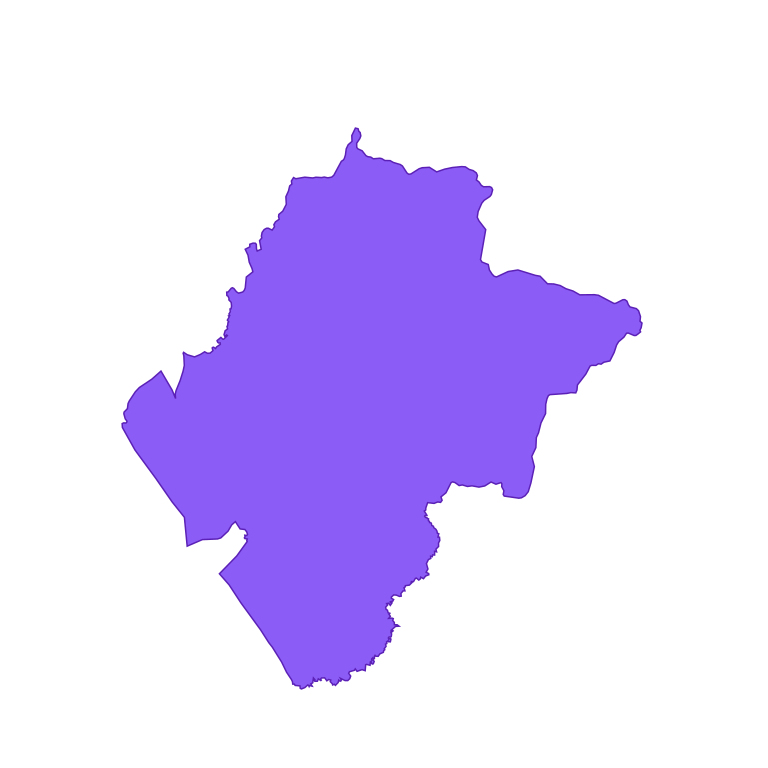 Srinagarindra, Phatthalung, Thailand (Albers equal-area conic projection), rotated 147°
{"feature_id": "78962969B8078558348171", "entity_name": "Srinagarindra", "entity_type": "district", "adm_level": 2, "iso_a3": "THA", "parent_name": "Thailand", "parent_adm1": "Phatthalung", "projection": "albers", "projection_center": [99.922, 7.561], "detail": "fine", "context": "isolated", "style": "filled", "palette": "violet", "viewbox_px": 768, "rotation_deg": 147, "n_neighbors": 0, "source": "geoboundaries", "source_scale": "gbopen_adm2", "svg_char_len": 6171}
<svg xmlns="http://www.w3.org/2000/svg" viewBox="0 0 768 768"><g transform="rotate(147 384 384)"><path d="M598.5,169.7L597.9,169.8L598.0,171.1L596.6,171.5L593.8,169.9L593.6,166.2L591.3,166.3L589.9,164.7L591.2,163.7L590.6,160.6L591.0,159.6L589.2,159.2L588.9,157.7L585.0,158.6L583.3,160.3L582.7,158.7L581.9,158.4L580.9,159.1L580.8,160.8L578.2,156.5L575.9,155.0L573.2,155.5L571.0,157.2L571.2,160.6L569.7,161.5L564.8,160.0L563.3,160.7L563.1,157.7L558.0,156.4L555.9,153.8L552.3,158.5L551.4,158.4L548.9,155.7L546.8,158.4L545.9,158.3L546.6,156.2L546.2,155.4L545.3,155.2L543.3,156.7L543.4,158.2L544.6,159.4L544.0,160.2L542.5,160.5L542.6,159.1L541.6,158.9L540.4,160.8L539.3,161.3L539.1,160.1L537.2,158.8L534.4,159.9L530.7,159.3L529.4,160.6L528.1,160.7L527.9,161.9L525.2,162.8L524.4,165.0L523.0,164.8L522.3,166.3L520.4,166.4L520.7,165.5L519.1,164.3L517.1,166.3L517.5,167.2L519.0,167.5L518.6,168.7L517.5,169.1L516.1,168.1L515.3,168.4L513.7,170.3L513.6,171.6L510.8,172.0L511.0,172.9L512.6,173.0L512.2,173.6L506.3,174.4L503.3,172.7L504.1,174.9L506.4,176.5L505.2,178.4L505.5,180.9L504.0,182.2L504.8,183.3L507.7,184.9L505.2,185.7L505.2,188.1L504.0,188.5L505.1,189.9L504.3,192.5L505.0,193.9L504.2,195.9L501.3,196.7L501.3,198.4L499.5,197.6L499.3,194.9L496.4,196.1L496.4,196.8L497.6,197.3L497.3,198.0L494.9,197.1L493.3,198.0L494.5,200.3L493.8,201.3L490.8,201.8L488.7,200.3L486.7,197.4L485.1,196.7L483.9,199.1L480.7,200.1L479.1,199.1L478.2,202.2L476.7,202.3L475.9,203.2L472.2,201.5L468.8,202.2L469.2,203.0L468.6,203.4L466.9,202.2L463.5,203.9L462.5,203.5L461.6,200.6L459.6,200.8L458.4,202.0L456.9,199.2L453.7,200.3L450.3,199.6L449.8,200.7L451.2,203.2L447.9,204.9L446.2,210.3L442.3,212.6L439.8,212.2L438.7,214.2L437.5,212.9L436.3,214.2L434.7,213.0L432.7,216.1L431.3,214.6L430.4,217.2L426.7,218.0L424.9,220.9L422.4,222.4L420.9,225.3L422.1,226.2L419.6,228.6L420.5,229.8L419.7,231.8L419.6,233.9L420.5,236.4L420.0,237.8L421.0,239.3L420.1,241.6L421.2,243.0L420.7,244.0L421.2,245.2L420.1,246.7L421.0,247.7L420.7,248.8L421.9,249.5L421.9,251.0L421.2,251.3L419.5,250.6L419.4,255.5L417.6,255.6L416.4,257.3L412.0,260.7L407.0,256.6L403.2,255.8L401.0,253.9L398.6,254.8L397.7,258.3L391.3,259.0L381.6,264.7L379.8,264.6L378.1,262.6L376.3,257.9L373.3,256.7L369.8,252.6L365.7,250.7L360.5,245.8L355.0,243.6L347.6,243.5L344.7,239.0L339.6,237.6L339.5,236.1L341.2,233.8L341.6,229.2L344.2,226.4L344.2,224.5L333.1,214.8L330.7,213.7L326.4,213.5L321.7,215.1L314.7,221.0L302.9,232.8L299.5,242.8L291.3,247.9L285.4,256.1L281.0,258.9L273.6,265.8L264.6,271.2L259.4,278.9L255.3,282.9L252.5,284.7L250.6,284.7L235.8,276.5L232.0,275.0L228.0,272.1L225.5,273.8L222.3,277.8L209.3,282.4L201.4,286.8L199.6,286.5L196.2,284.2L193.1,284.2L191.1,282.4L187.7,282.5L182.0,280.3L173.8,285.1L167.7,290.0L164.1,291.7L157.3,292.6L152.9,294.5L151.3,293.6L147.8,288.4L146.3,287.5L143.8,287.6L140.4,288.0L140.1,289.7L137.7,291.1L134.4,294.6L135.1,297.2L132.2,300.8L130.6,306.8L131.3,309.8L135.7,314.6L135.9,317.3L135.1,321.2L136.1,323.6L137.8,324.6L145.4,325.4L147.2,326.2L155.8,341.6L158.9,344.3L171.2,352.1L174.8,359.0L179.5,364.8L182.6,370.6L187.1,375.4L192.3,379.0L194.4,389.4L197.9,392.7L209.6,406.7L218.6,410.7L231.3,412.5L232.9,414.3L233.5,417.3L233.5,422.2L231.5,427.4L235.4,432.9L235.3,435.8L214.6,458.1L215.5,469.1L215.0,473.0L211.1,477.4L203.5,482.4L200.0,483.5L193.0,483.6L190.8,484.4L187.1,487.7L186.8,490.2L187.9,492.0L193.1,495.2L194.2,497.6L194.3,501.9L195.4,504.8L192.1,507.9L191.6,510.8L193.0,514.4L195.7,517.6L197.5,521.8L200.4,524.0L208.7,528.3L216.2,531.2L224.3,533.2L227.9,541.0L234.2,544.6L237.3,545.4L247.0,545.5L249.0,546.4L249.8,548.4L249.8,556.8L250.8,559.2L255.5,564.7L257.2,568.0L261.6,571.0L263.1,574.2L264.5,575.6L270.3,578.7L271.5,581.5L273.8,583.5L274.8,585.4L275.3,591.5L277.8,595.4L278.0,597.2L275.8,600.8L270.6,603.0L268.3,604.7L267.0,608.0L267.5,609.5L266.7,612.2L268.6,614.2L275.7,609.9L278.7,604.9L283.7,604.2L287.6,601.8L291.6,597.1L294.5,594.7L296.1,594.0L298.5,594.0L312.4,586.4L315.2,586.0L318.8,587.5L321.4,590.1L323.9,591.1L328.5,594.5L331.5,595.6L337.8,600.6L346.2,604.2L347.4,606.4L351.1,604.7L352.4,601.9L355.2,601.5L359.0,597.9L364.3,594.5L368.1,587.9L374.8,584.1L379.8,583.5L381.3,581.8L382.1,579.3L386.7,579.1L389.6,577.6L390.2,575.5L394.0,574.0L396.2,577.7L397.7,578.6L400.4,578.8L403.7,577.5L406.3,574.8L406.9,573.1L410.3,572.0L413.6,563.9L417.9,564.6L417.3,566.9L415.0,570.7L415.2,572.1L417.1,573.5L420.5,574.3L421.8,572.1L427.0,572.6L427.9,566.1L430.7,559.5L431.8,552.7L432.9,549.5L441.2,548.7L448.1,540.1L450.3,538.6L452.4,538.1L456.5,539.4L457.5,541.7L457.9,545.9L458.7,547.3L460.0,547.5L464.5,546.1L465.9,546.7L467.6,543.8L467.0,542.6L467.4,540.1L468.3,539.0L467.7,535.7L469.4,532.4L471.3,530.4L472.3,530.8L473.6,528.3L475.9,527.2L476.1,525.6L477.3,525.8L477.2,524.6L480.6,522.9L480.4,520.7L481.5,520.4L483.5,517.9L484.3,517.9L485.2,515.4L488.2,515.2L491.3,512.5L491.6,510.7L489.2,510.8L489.0,509.9L494.1,508.9L494.8,509.4L495.4,511.9L500.0,511.4L500.5,511.2L500.7,509.4L500.4,508.5L499.0,507.7L499.7,506.4L504.2,506.3L505.9,505.5L506.9,507.7L507.7,508.0L508.5,507.8L509.3,505.1L513.0,504.6L515.3,505.9L516.9,508.7L521.9,508.8L528.1,509.9L533.0,515.6L534.8,519.7L535.7,519.2L536.5,516.7L541.4,508.3L545.5,504.2L553.0,498.0L562.0,491.7L564.6,489.2L566.7,485.3L565.0,494.4L564.0,516.3L576.1,514.5L591.1,514.3L596.8,512.9L606.9,508.5L609.3,507.0L612.6,503.1L617.3,502.0L618.4,500.7L620.0,495.7L619.8,492.9L620.3,492.2L621.7,491.8L623.5,493.2L625.2,493.4L627.1,490.0L628.8,464.1L626.8,429.3L625.9,400.3L624.0,380.9L637.4,355.2L621.0,352.4L608.0,344.7L604.7,343.8L595.0,345.5L588.4,348.8L583.6,349.5L583.6,340.8L579.9,337.7L579.7,334.6L580.4,332.2L581.6,331.7L583.1,333.0L583.7,331.6L584.9,331.0L584.9,330.2L583.1,328.5L584.4,327.4L584.6,326.4L601.1,320.0L625.4,314.5L623.3,299.9L623.2,278.4L621.4,245.0L621.5,229.8L621.0,224.2L621.3,206.5L622.7,195.3L622.6,186.6L622.9,184.2L624.0,182.0L622.7,181.2L622.7,179.6L618.9,176.6L620.0,174.4L619.3,173.2L615.7,172.5L611.9,173.1L611.4,172.4L611.6,171.0L610.6,171.6L608.8,169.7L608.7,172.4L606.5,172.2L603.3,175.9L603.0,173.6L603.9,173.2L603.9,172.3L601.7,171.0L599.7,172.5L598.5,169.7Z" fill="#8b5cf6" stroke="#5b21b6" stroke-width="1.5"/></g></svg>